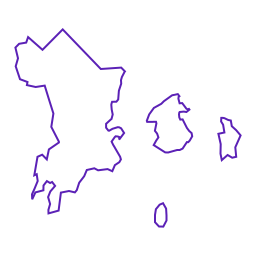 the district of Knox, Maine, United States of America
{"feature_id": "52423323B37590358813634", "entity_name": "Knox", "entity_type": "district", "adm_level": 2, "iso_a3": "USA", "parent_name": "United States of America", "parent_adm1": "Maine", "projection": "orthographic", "projection_center": [-69.021, 44.093], "detail": "fine", "context": "isolated", "style": "outline", "palette": "violet", "viewbox_px": 256, "rotation_deg": 0, "n_neighbors": 0, "source": "geoboundaries", "source_scale": "gbopen_adm2", "svg_char_len": 2113}
<svg xmlns="http://www.w3.org/2000/svg" viewBox="0 0 256 256"><path d="M26.2,42.6L19.1,43.8L15.4,47.6L18.0,58.3L15.7,66.3L20.0,79.2L27.5,82.0L26.9,85.1L35.7,87.0L44.7,85.6L48.8,98.9L53.4,113.5L51.3,126.9L58.9,141.7L58.9,142.5L48.9,149.4L46.8,159.4L42.2,154.7L37.5,156.8L34.3,175.3L36.7,174.2L37.7,181.0L34.5,188.8L32.0,194.3L32.2,199.3L35.4,192.4L43.4,190.3L43.5,185.5L46.9,181.1L48.4,182.0L50.1,183.0L52.1,182.0L55.1,185.9L50.3,191.5L48.1,197.1L50.1,204.0L48.4,209.9L48.5,213.4L58.6,210.6L60.9,192.6L69.0,191.0L74.9,192.4L76.8,190.1L79.2,182.7L84.2,176.2L86.8,170.0L94.3,168.3L98.1,170.3L107.6,169.1L112.3,171.2L114.9,165.1L119.3,162.2L120.9,159.4L120.1,156.7L115.1,148.1L114.6,147.2L113.2,144.9L111.6,141.6L114.7,137.2L115.6,136.3L117.8,136.5L119.2,137.0L119.2,138.8L119.6,139.0L124.1,133.0L121.1,128.3L119.1,127.3L117.7,127.2L112.5,128.8L109.2,130.7L108.4,130.6L106.1,127.7L106.1,123.8L110.8,119.5L111.5,119.0L112.7,114.5L111.7,109.5L111.3,104.8L111.6,103.3L112.1,101.8L116.4,101.7L118.2,99.5L118.9,90.7L121.2,83.7L121.0,80.1L121.9,77.0L124.7,71.6L124.9,71.4L121.2,67.6L100.8,69.0L62.7,29.4L42.5,49.8L28.1,37.1L26.2,42.6ZM146.8,120.8L147.2,121.9L156.0,121.8L156.4,123.4L154.9,130.8L157.1,133.6L158.4,137.4L156.2,140.6L153.7,145.1L161.1,149.8L165.2,152.4L168.1,152.5L177.1,150.0L179.7,150.0L182.6,148.6L186.9,142.1L188.2,142.2L189.7,140.6L192.2,136.3L191.6,133.1L189.2,131.0L186.9,127.9L182.6,119.4L180.3,119.6L179.3,117.4L179.0,114.4L179.3,112.5L179.7,112.0L183.8,111.6L186.4,112.0L189.4,109.6L188.9,108.9L187.8,109.4L186.4,108.7L182.2,103.1L179.6,103.3L178.4,98.7L178.6,96.8L179.4,96.2L177.8,94.1L172.1,95.3L163.9,101.2L161.3,103.8L153.9,107.9L149.2,114.4L146.8,120.8ZM221.3,117.9L221.1,121.5L223.1,124.7L224.4,132.5L218.4,133.8L220.7,144.1L220.5,153.7L221.8,160.1L227.6,155.0L232.2,157.7L236.2,156.8L235.3,147.3L240.6,135.4L236.1,130.1L231.8,126.2L230.8,120.5L228.3,120.0L227.6,119.7L224.5,118.2L223.1,117.9L221.3,117.9ZM155.0,214.9L155.0,222.2L159.0,226.5L163.3,226.6L166.5,220.5L166.5,215.5L166.1,208.6L163.0,203.2L159.6,204.7L155.9,209.2L155.0,214.9Z" fill="none" stroke="#5b21b6" stroke-width="2"/></svg>